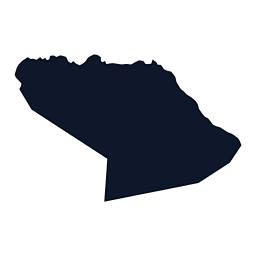 the district of São Vicente do Seridó, Paraíba, Brazil
{"feature_id": "56859067B58520113150503", "entity_name": "São Vicente do Seridó", "entity_type": "district", "adm_level": 2, "iso_a3": "BRA", "parent_name": "Brazil", "parent_adm1": "Paraíba", "projection": "mercator", "projection_center": [-36.456, -6.916], "detail": "fine", "context": "isolated", "style": "filled", "palette": "ink", "viewbox_px": 256, "rotation_deg": 0, "n_neighbors": 0, "source": "geoboundaries", "source_scale": "gbopen_adm2", "svg_char_len": 1134}
<svg xmlns="http://www.w3.org/2000/svg" viewBox="0 0 256 256"><path d="M20.2,89.2L32.1,109.0L108.1,158.4L105.1,200.8L135.3,194.7L149.8,191.9L198.3,182.2L229.3,162.1L240.6,145.2L239.1,141.3L237.7,139.0L234.6,136.5L231.5,134.5L228.1,133.2L224.7,131.3L222.1,129.5L219.4,127.9L215.8,126.9L212.3,125.1L210.3,122.4L207.7,119.1L204.3,117.3L201.3,113.7L198.4,109.4L197.0,104.4L194.8,101.3L191.2,98.2L186.0,94.9L183.7,92.3L181.0,90.3L179.1,88.0L175.7,82.1L174.7,77.4L173.0,75.1L170.7,72.3L167.1,71.5L163.6,70.0L160.6,65.7L157.1,65.4L155.7,62.7L153.0,60.7L151.9,64.3L147.9,64.9L145.1,64.7L142.9,61.7L139.2,61.1L134.9,63.2L131.3,65.3L126.5,64.7L122.0,65.2L119.2,64.9L115.7,64.3L112.4,63.9L109.2,64.3L106.0,65.1L104.7,62.0L101.8,63.2L100.1,60.9L100.1,57.6L97.3,55.7L94.1,55.2L90.8,56.8L88.4,58.4L86.2,61.7L83.6,64.0L79.7,66.2L75.6,64.3L73.2,62.1L71.1,64.2L67.7,62.0L65.5,57.5L60.5,56.1L56.5,57.8L53.2,56.2L50.7,56.6L49.8,60.1L46.6,61.1L45.0,58.8L42.4,60.4L40.1,58.1L36.8,60.7L33.4,59.5L30.6,59.8L27.7,58.1L22.5,61.6L19.2,65.0L17.6,67.8L15.4,74.7L16.7,77.3L22.2,83.1L21.8,86.1L20.2,89.2Z" fill="#0f172a" stroke="#020617" stroke-width="1.5"/></svg>